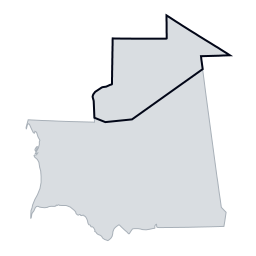 Mauritania, with Tiris Zemmour highlighted
{"feature_id": "MRT-2783", "entity_name": "Tiris Zemmour", "entity_type": "Region", "adm_level": 1, "iso_a3": "MRT", "parent_name": "Mauritania", "parent_adm1": "", "projection": "albers", "projection_center": [-9.84, 24.319], "detail": "fine", "context": "in_parent", "style": "outline", "palette": "ink", "viewbox_px": 256, "rotation_deg": 0, "n_neighbors": 0, "source": "natural_earth", "source_scale": "10m", "svg_char_len": 4809}
<svg xmlns="http://www.w3.org/2000/svg" viewBox="0 0 256 256"><path d="M104.8,239.5L104.4,239.3L102.6,238.0L101.7,236.4L100.3,235.3L98.2,234.5L96.9,233.6L96.3,232.6L95.6,231.9L94.8,231.5L94.7,231.2L94.9,230.7L94.8,229.8L93.6,227.7L92.5,226.8L91.6,226.9L91.0,226.7L90.7,226.2L90.6,225.6L90.0,225.0L88.8,224.7L88.0,223.2L87.4,220.4L86.5,218.3L85.5,216.7L84.7,216.1L84.1,216.0L84.0,215.8L83.8,215.3L83.0,215.1L81.8,215.6L80.7,215.4L80.2,214.6L79.5,214.5L78.5,215.1L77.5,214.9L76.4,213.9L75.8,212.9L75.7,211.9L73.9,210.0L70.2,207.0L66.2,205.5L61.8,205.5L59.3,205.3L58.8,204.8L58.2,204.8L57.7,205.3L57.1,205.4L56.5,205.1L56.1,205.3L55.9,206.0L54.4,206.4L51.4,206.3L49.0,206.6L47.2,207.4L44.6,207.7L41.3,207.4L39.3,207.0L38.6,206.5L37.6,206.3L36.4,206.5L35.2,207.9L34.1,210.4L33.3,211.9L32.6,212.2L31.8,214.1L31.3,217.3L30.7,218.6L31.0,210.6L32.1,207.7L32.6,205.1L34.9,199.4L37.5,194.7L40.0,188.5L41.1,182.4L41.1,176.4L40.7,171.0L39.7,167.4L38.9,162.3L37.4,159.5L34.6,157.0L34.0,155.6L34.7,155.1L36.5,154.8L37.7,153.0L35.3,153.6L38.3,148.1L39.4,144.3L39.3,141.8L39.9,140.3L38.0,136.8L36.6,132.4L35.8,131.7L34.9,131.3L34.8,132.3L34.3,133.2L33.3,132.6L31.7,129.4L29.4,124.3L28.6,123.7L27.8,124.4L27.3,125.0L26.3,129.2L26.1,127.5L26.6,125.5L27.3,123.1L28.2,119.8L30.3,119.9L34.2,120.1L41.9,120.5L45.7,120.6L53.4,120.9L57.3,121.1L65.0,121.4L68.9,121.5L76.6,121.7L80.4,121.8L88.1,122.0L92.0,122.1L94.5,122.2L94.4,119.8L94.3,117.9L94.2,115.3L94.1,112.8L94.0,110.2L94.0,107.9L93.9,105.5L93.8,103.3L93.7,101.2L93.5,100.0L92.8,97.7L92.6,96.5L92.9,95.3L93.4,94.2L95.0,92.1L97.2,90.6L99.9,88.8L101.9,87.4L102.9,87.1L106.0,86.6L108.4,85.6L110.8,84.6L111.8,84.0L112.0,82.1L112.6,38.4L124.1,38.6L127.1,38.6L148.3,38.7L151.3,38.7L166.7,38.6L166.7,36.6L166.6,33.6L166.6,29.6L166.6,25.5L166.5,18.4L166.5,15.4L169.5,17.3L175.6,21.2L178.6,23.2L184.8,27.1L190.9,31.0L197.1,34.8L200.2,36.8L203.3,38.7L206.4,40.6L209.5,42.5L215.7,46.3L218.3,47.9L222.3,50.5L226.1,52.9L229.9,55.3L224.2,55.5L216.5,55.7L211.3,55.9L206.0,56.0L200.9,56.1L201.5,60.2L202.0,64.7L202.6,69.2L203.2,73.7L203.8,78.1L205.5,91.6L206.1,96.0L206.7,100.5L207.3,105.0L207.9,109.5L209.1,118.4L209.7,122.9L210.3,127.3L210.9,131.8L211.5,136.3L212.1,140.7L213.3,149.6L213.9,154.1L214.5,158.6L215.1,163.0L215.7,167.5L216.3,171.9L216.9,176.4L217.6,180.8L218.8,189.7L219.4,194.1L220.1,198.6L220.7,203.0L221.3,207.3L223.4,209.5L226.1,212.3L225.5,216.3L224.8,221.1L223.9,226.4L216.6,226.6L209.5,226.8L191.6,227.2L188.0,227.3L170.1,227.5L166.5,227.5L159.6,227.6L157.5,227.4L156.8,227.0L156.5,224.3L155.9,224.5L155.2,225.3L154.8,226.2L154.9,227.3L154.8,228.2L152.5,228.6L149.4,229.3L146.1,229.8L142.8,229.6L141.7,229.4L140.5,229.0L137.9,228.6L136.4,228.6L134.8,228.6L132.9,228.8L132.2,229.3L130.8,231.3L129.3,233.7L128.4,233.7L127.4,232.4L124.5,229.9L121.1,226.7L119.6,225.1L118.7,224.9L117.1,226.0L115.7,227.1L114.2,228.6L113.5,230.1L112.9,231.8L112.7,233.9L112.1,236.3L110.9,238.2L109.4,239.6L108.3,240.3L107.9,240.6L104.8,239.5ZM36.7,149.5L35.6,151.2L35.1,150.5L35.0,149.3L36.0,147.7L36.5,146.9L37.4,146.7L36.7,149.5Z" fill="#d9dde1" stroke="#a8b0b8" stroke-width="1"/><path d="M166.5,15.4L169.7,17.4L172.9,19.5L176.1,21.6L179.3,23.6L182.5,25.7L185.7,27.7L189.0,29.8L192.2,31.8L195.5,33.8L198.7,35.9L202.0,37.9L205.2,39.9L208.0,41.6L210.8,43.3L213.5,45.0L215.9,46.5L216.3,46.7L218.3,47.9L221.2,49.8L224.1,51.6L227.0,53.4L229.9,55.3L226.3,55.4L222.7,55.5L219.0,55.7L215.4,55.8L211.8,55.9L208.2,56.0L204.6,56.1L201.0,56.2L201.2,57.6L201.3,59.0L201.5,60.5L201.7,61.9L201.9,63.3L202.1,64.8L202.3,66.2L202.5,67.6L202.7,69.1L132.0,119.4L105.3,122.1L94.8,117.9L94.4,117.7L94.1,110.3L93.9,105.7L93.7,101.2L93.5,100.1L92.8,97.7L92.6,96.6L92.9,95.4L93.4,94.2L94.9,92.2L95.2,91.8L96.9,90.7L99.0,89.3L100.8,88.1L101.9,87.4L102.9,87.1L105.7,86.7L106.3,86.6L110.0,84.9L111.7,84.4L111.9,84.2L112.0,83.5L112.0,82.1L112.0,80.7L112.0,79.4L112.0,78.0L112.1,76.6L112.1,75.3L112.1,73.9L112.1,72.5L112.1,71.2L112.2,69.8L112.2,68.4L112.2,67.1L112.2,65.7L112.3,64.4L112.3,63.0L112.3,61.6L112.3,60.3L112.3,58.9L112.4,57.5L112.4,56.2L112.4,54.8L112.4,53.4L112.4,52.1L112.5,50.7L112.5,49.3L112.5,48.0L112.5,46.6L112.6,45.3L112.6,43.9L112.6,42.5L112.6,41.2L112.6,39.8L112.7,38.4L114.3,38.5L115.9,38.5L117.6,38.5L119.2,38.5L120.8,38.6L122.5,38.6L124.1,38.6L125.7,38.6L127.4,38.6L129.0,38.6L130.6,38.6L132.2,38.7L133.9,38.7L135.5,38.7L137.1,38.7L138.8,38.7L140.4,38.7L142.0,38.7L143.7,38.7L145.3,38.7L146.9,38.7L148.6,38.7L150.2,38.7L151.8,38.7L153.5,38.7L155.1,38.7L156.7,38.7L158.4,38.7L160.0,38.7L161.6,38.7L163.3,38.7L164.9,38.7L166.3,38.6L166.6,38.5L166.7,38.3L166.7,37.5L166.7,37.2L166.7,36.5L166.7,35.5L166.7,34.0L166.6,32.4L166.6,30.5L166.6,28.5L166.6,26.4L166.6,24.4L166.6,22.4L166.5,20.5L166.5,18.8L166.5,17.4L166.5,16.3L166.5,15.6L166.5,15.4Z" fill="none" stroke="#020617" stroke-width="2"/></svg>